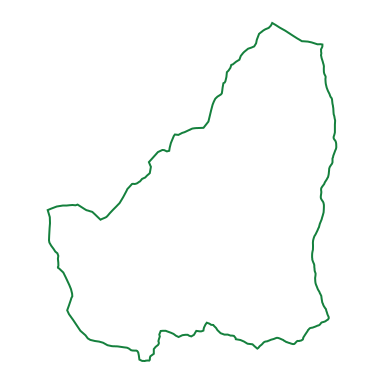 Goenkhame, Gasa, Bhutan (Equal Earth projection)
{"feature_id": "84629894B91389840528768", "entity_name": "Goenkhame", "entity_type": "district", "adm_level": 2, "iso_a3": "BTN", "parent_name": "Bhutan", "parent_adm1": "Gasa", "projection": "equal_earth", "projection_center": [89.685, 27.795], "detail": "fine", "context": "isolated", "style": "outline", "palette": "green", "viewbox_px": 384, "rotation_deg": 0, "n_neighbors": 0, "source": "geoboundaries", "source_scale": "gbopen_adm2", "svg_char_len": 5694}
<svg xmlns="http://www.w3.org/2000/svg" viewBox="0 0 384 384"><path d="M322.4,44.5L320.6,44.2L317.5,44.3L311.6,42.4L307.9,41.6L303.8,41.3L301.9,41.2L298.6,39.2L297.5,38.6L293.1,35.8L285.1,30.6L279.7,27.6L275.5,24.9L272.2,23.0L270.9,25.6L268.7,27.9L265.3,29.3L263.3,30.5L259.1,33.8L256.8,39.8L256.1,43.3L254.2,46.4L251.4,47.6L248.1,48.7L244.3,51.8L243.1,53.0L240.8,55.9L239.4,59.7L236.1,61.7L232.8,64.4L231.3,64.9L230.4,67.8L228.5,70.6L226.9,72.2L226.4,77.0L225.4,81.2L224.7,82.5L223.4,83.2L222.6,87.7L222.2,91.0L221.8,93.4L221.0,94.4L219.3,95.5L217.5,96.6L215.3,98.7L213.8,101.7L212.6,104.7L211.1,110.4L209.5,117.1L208.4,121.6L207.6,122.6L205.8,124.9L203.5,127.8L201.5,127.9L198.8,128.0L196.1,128.1L194.9,128.2L192.7,128.5L192.0,128.7L184.5,132.2L182.2,132.9L178.4,134.9L174.9,134.5L173.8,136.0L170.9,143.0L169.7,147.7L169.2,150.8L166.9,151.4L164.1,150.1L162.3,150.0L157.9,152.1L152.0,158.7L148.9,162.1L150.3,165.5L150.9,166.8L149.8,173.1L149.1,173.8L147.1,175.5L145.2,177.5L142.1,178.9L140.0,181.4L139.2,181.8L137.1,183.3L135.7,183.8L134.3,184.0L133.0,183.8L132.0,184.0L129.3,187.0L127.4,189.0L126.5,190.9L124.7,194.3L123.3,196.9L122.3,198.6L120.8,201.1L119.5,203.2L118.3,204.4L116.3,206.5L113.1,209.7L109.8,213.2L107.7,215.7L106.4,217.0L104.8,217.8L102.1,218.9L100.5,219.7L98.3,217.6L95.1,214.5L92.3,211.9L91.0,211.5L89.9,211.2L88.1,210.6L86.8,210.3L85.9,209.9L84.0,208.7L81.2,206.9L77.6,204.6L75.5,205.3L72.5,205.0L69.8,205.2L67.0,205.5L63.1,205.5L56.8,206.5L51.0,208.7L47.7,210.1L49.8,217.1L50.0,223.2L49.6,228.1L49.2,235.2L49.0,240.3L49.4,242.6L51.2,245.7L53.7,249.1L55.3,251.6L57.4,253.3L58.3,255.9L57.9,258.8L58.3,262.6L58.4,265.9L57.9,267.1L58.1,267.9L59.0,268.4L63.3,272.5L65.6,277.1L69.3,285.0L71.0,289.2L72.1,293.6L72.3,296.3L71.4,298.0L70.7,300.3L69.5,303.8L68.9,305.6L67.2,310.3L69.0,314.2L73.1,319.9L80.4,330.8L85.5,335.3L87.8,338.4L90.3,339.9L94.9,341.0L99.1,341.6L103.0,342.7L107.5,345.2L112.1,346.2L117.7,346.4L123.8,347.3L127.0,347.7L128.8,348.5L131.1,350.2L132.5,350.5L134.4,350.6L136.3,350.6L137.2,351.0L138.2,352.4L138.8,355.2L139.4,359.6L142.1,360.9L144.9,361.0L145.6,360.7L147.6,360.5L149.2,360.6L149.8,359.8L149.9,357.9L150.3,356.4L151.0,355.8L153.8,353.8L153.8,351.6L153.8,349.1L155.6,346.9L158.1,344.9L158.8,343.6L158.8,342.4L158.4,341.2L158.9,339.2L159.8,336.5L159.3,334.5L160.7,331.0L162.7,330.8L165.7,330.8L167.2,331.4L170.8,332.7L173.5,333.9L175.9,335.7L178.6,337.0L182.4,335.2L185.4,334.8L187.7,334.8L189.3,335.8L191.3,336.4L194.0,334.8L194.9,333.2L196.3,330.9L200.1,331.4L201.5,331.3L203.4,330.6L203.7,328.8L204.0,327.6L205.5,324.5L206.8,322.7L209.5,323.7L211.1,324.8L213.3,325.0L213.9,325.8L216.1,328.0L217.4,330.1L220.6,333.2L224.4,334.6L227.8,334.6L230.6,335.6L232.1,335.6L233.9,335.9L235.6,338.0L235.8,339.2L240.4,340.0L243.9,341.5L247.5,343.7L252.5,344.3L254.5,346.2L257.3,348.6L258.1,348.1L258.7,347.5L259.2,346.8L259.7,346.2L260.8,345.3L261.8,344.5L262.9,343.3L263.5,342.6L264.3,342.0L265.2,341.6L266.4,341.4L267.7,341.2L268.2,340.8L269.0,340.6L270.8,339.8L272.2,339.4L273.7,339.0L275.7,338.2L276.5,337.9L277.9,337.9L278.6,338.1L279.5,338.4L281.1,339.1L283.4,340.1L284.3,340.9L285.4,341.4L286.4,342.1L287.2,342.2L288.3,342.7L289.8,343.1L290.5,343.4L292.1,343.9L293.2,344.1L294.4,343.9L295.4,342.9L296.1,342.1L296.7,341.5L297.3,341.0L297.9,340.9L298.6,341.0L299.2,341.0L300.0,340.7L300.6,340.7L301.4,340.4L302.8,339.5L303.1,338.7L303.3,337.5L303.8,336.8L304.6,335.5L305.3,334.4L305.8,333.7L306.7,332.3L307.4,331.4L308.0,330.1L308.7,329.5L309.3,328.7L309.9,328.2L311.3,327.8L312.7,327.6L313.4,327.3L315.1,326.7L316.5,326.1L317.6,325.6L318.6,325.4L319.5,324.9L320.1,324.3L321.0,323.1L321.6,322.5L322.6,322.2L323.7,321.9L324.9,321.5L325.8,321.0L326.5,320.4L327.9,319.6L328.7,318.4L328.7,317.1L327.5,314.5L327.1,313.1L326.7,311.8L326.3,310.8L326.1,309.8L325.8,308.9L325.1,308.1L324.7,307.4L324.0,306.4L323.5,305.4L323.1,304.5L322.9,303.7L322.3,302.6L322.0,300.9L321.8,299.7L321.6,298.5L321.4,296.9L321.3,296.0L320.4,294.1L319.9,293.3L319.5,292.1L317.9,289.4L316.6,286.1L315.9,284.4L315.5,283.0L315.3,281.5L315.1,278.0L315.3,276.8L315.5,275.3L315.6,273.7L315.3,272.6L314.8,271.3L314.6,270.1L314.5,268.4L314.3,267.1L314.3,265.4L314.1,264.3L313.0,261.7L312.3,259.7L312.3,258.8L312.1,257.4L312.1,255.1L312.2,253.3L312.5,251.5L312.9,249.8L313.0,247.1L313.0,245.2L312.9,242.8L313.1,240.5L313.7,238.2L314.4,236.2L315.0,235.3L315.7,234.1L317.5,230.4L318.4,228.2L318.9,227.4L319.8,223.9L320.9,221.2L321.6,219.5L322.1,217.6L322.7,215.7L323.6,212.4L323.8,209.5L323.9,207.0L323.9,205.0L323.5,202.9L322.9,201.5L322.1,200.5L321.0,198.6L320.8,197.6L320.8,196.2L321.1,194.2L321.3,192.7L321.3,191.5L321.1,190.2L321.1,188.9L321.4,187.9L322.3,186.5L323.0,185.6L324.2,184.0L324.8,182.4L326.8,179.3L327.4,178.1L328.0,177.2L328.4,175.6L328.7,174.2L328.9,172.2L329.1,170.3L329.2,168.6L329.8,166.9L330.9,165.2L332.0,163.7L332.5,162.3L332.5,160.9L332.5,160.1L332.5,158.4L333.0,157.3L333.3,155.7L334.1,153.6L335.2,150.6L336.0,148.8L336.3,147.2L336.2,143.8L335.9,142.1L335.3,140.7L334.4,139.6L333.8,138.6L333.6,137.7L333.7,136.6L334.1,135.5L334.6,133.7L334.9,132.3L334.9,130.8L334.9,128.9L334.9,126.4L334.9,124.6L335.0,122.9L335.1,121.3L335.1,120.3L334.7,118.6L334.3,116.2L333.7,114.3L333.5,112.1L333.3,108.3L333.0,106.5L332.9,105.5L332.6,104.3L332.4,103.1L332.2,101.1L332.0,99.2L331.4,97.8L330.8,97.2L330.2,96.0L329.5,94.0L327.9,90.8L326.7,87.7L325.8,83.9L325.6,82.2L325.4,78.8L325.6,78.0L325.6,76.5L325.1,75.4L324.5,74.3L324.2,73.4L323.9,72.0L323.8,68.9L323.9,66.2L323.5,64.3L323.2,63.4L322.7,61.5L321.9,59.0L321.6,58.1L321.3,56.5L321.0,55.2L321.3,53.7L321.3,52.8L321.1,52.0L321.1,50.6L321.0,49.4L322.2,47.0L322.4,46.2L322.4,44.5Z" fill="none" stroke="#15803d" stroke-width="2"/></svg>